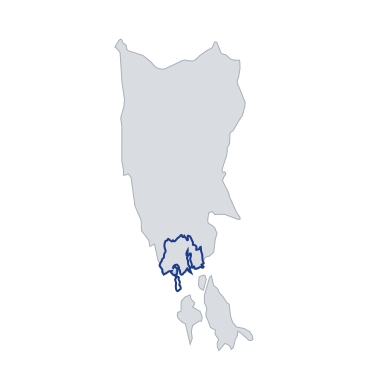 Lääne highlighted on a map of Estonia, rotated 262°
{"feature_id": "EST-1661", "entity_name": "Lääne", "entity_type": "County", "adm_level": 1, "iso_a3": "EST", "parent_name": "Estonia", "parent_adm1": "", "projection": "equal_earth", "projection_center": [23.689, 58.901], "detail": "fine", "context": "in_parent", "style": "outline", "palette": "blue", "viewbox_px": 384, "rotation_deg": 262, "n_neighbors": 0, "source": "natural_earth", "source_scale": "10m", "svg_char_len": 5399}
<svg xmlns="http://www.w3.org/2000/svg" viewBox="0 0 384 384"><g transform="rotate(262 192 192)"><path d="M316.0,257.3L314.6,257.5L307.4,256.7L299.3,254.1L295.7,252.2L292.3,252.2L288.2,253.5L273.3,257.1L269.6,256.3L261.0,252.7L256.6,248.8L246.9,241.1L246.1,239.3L244.8,237.8L234.5,235.9L230.7,233.0L227.5,232.6L222.9,231.2L210.8,225.2L207.9,224.6L207.1,225.6L207.4,227.0L206.6,227.9L205.1,227.9L202.3,225.6L199.0,223.7L188.7,227.3L184.9,228.3L181.6,228.6L165.3,233.4L160.3,236.0L158.2,235.8L158.7,233.3L165.4,221.0L166.6,211.3L169.1,209.9L169.8,208.6L168.7,205.5L161.6,203.5L158.8,203.8L156.2,207.1L153.6,209.5L147.3,211.0L142.0,208.5L129.4,205.1L126.2,200.6L125.5,196.1L118.8,191.7L116.1,186.6L117.2,183.1L123.2,180.7L124.9,178.7L117.4,179.0L115.8,178.5L115.5,176.7L112.1,170.4L115.1,168.0L116.4,165.6L114.0,163.6L114.6,161.3L116.5,158.9L115.4,153.5L122.9,150.7L130.1,148.7L145.5,147.7L144.0,142.7L150.2,142.5L160.6,136.6L171.0,137.7L186.0,133.6L214.9,133.7L218.8,131.3L218.1,129.0L218.1,126.5L223.6,127.2L232.6,126.8L266.8,131.7L275.1,131.7L286.9,136.7L293.2,138.0L311.6,138.0L340.1,140.2L345.6,136.8L346.1,135.9L348.9,137.8L352.4,140.9L353.4,142.6L352.3,143.6L348.9,144.5L348.2,145.5L346.7,147.1L342.7,147.3L340.7,148.5L338.4,153.7L334.0,162.4L327.2,168.9L321.7,172.6L319.3,175.3L317.9,178.7L317.6,182.0L323.5,200.5L323.6,203.8L322.4,207.3L321.6,210.8L322.5,213.8L326.2,219.0L330.2,226.8L331.9,231.7L334.4,233.6L336.9,234.9L337.5,235.7L337.4,236.6L336.2,237.6L325.3,240.2L324.0,242.4L322.9,244.9L318.2,248.6L316.8,252.0L316.0,255.9L316.0,257.3ZM70.2,188.9L73.8,190.4L77.2,190.0L80.6,188.9L88.0,189.9L104.9,197.5L106.5,199.5L96.4,200.4L94.0,202.8L91.6,204.4L88.7,204.9L83.8,208.2L77.2,211.3L75.8,213.2L63.8,212.9L57.2,214.1L51.9,217.6L49.7,224.4L45.7,229.7L41.7,231.6L37.6,231.9L36.7,229.9L37.1,227.9L45.9,220.4L47.7,218.0L43.4,216.9L39.8,214.3L32.0,211.2L30.6,208.8L32.5,208.6L34.2,207.9L36.3,205.8L37.4,203.5L31.2,196.6L34.4,195.6L38.4,195.8L42.4,197.8L47.0,195.5L48.9,195.1L52.0,196.0L55.2,191.4L62.8,189.9L66.5,188.6L70.2,188.9ZM86.0,176.2L81.8,179.3L79.3,178.0L78.0,176.6L72.5,183.5L66.3,184.7L62.8,183.3L63.1,180.7L59.7,174.0L54.4,172.0L46.9,171.8L41.5,169.0L62.4,167.1L64.6,163.9L68.9,160.6L72.1,160.2L74.8,161.0L75.2,163.6L75.9,164.6L85.4,166.1L89.0,170.5L90.4,175.8L86.0,176.2ZM107.5,193.3L103.3,194.0L93.1,189.6L95.5,186.6L98.4,185.4L107.0,187.2L108.2,191.8L107.5,193.3Z" fill="#d9dde1" stroke="#a8b0b8" stroke-width="1"/><path d="M120.0,193.7L119.9,193.7L119.4,193.2L119.0,192.4L119.0,191.6L118.8,191.3L118.0,191.5L117.3,192.1L116.9,192.8L116.4,193.1L115.7,192.6L115.5,192.0L115.8,191.3L116.3,190.6L116.5,190.0L116.3,188.9L115.7,187.3L115.3,185.7L115.5,184.3L116.0,183.7L116.4,183.6L117.5,183.9L117.8,183.8L118.0,183.5L118.0,183.2L117.2,182.6L117.0,181.8L117.3,181.1L118.0,181.1L120.0,181.7L121.9,181.5L123.8,181.0L125.8,180.9L126.8,181.1L128.7,182.0L129.6,182.2L131.2,182.2L131.3,182.0L131.4,181.5L131.3,181.1L131.0,180.9L130.2,180.6L130.0,180.0L130.3,179.2L131.0,178.8L131.9,178.8L133.9,179.5L134.9,179.6L133.5,178.6L131.9,177.9L130.2,177.8L128.9,178.8L127.9,178.0L126.9,177.9L124.7,178.4L120.9,178.2L119.8,178.4L118.7,178.8L118.2,179.1L117.8,179.4L117.5,179.5L115.9,179.2L114.9,179.3L112.0,180.0L113.9,177.8L114.9,177.3L116.6,177.1L117.0,176.7L113.8,173.9L113.3,172.8L111.7,171.2L111.6,169.9L112.7,169.0L116.2,169.1L117.3,168.2L118.2,168.6L119.1,168.6L120.0,168.4L121.6,167.5L122.0,167.2L122.2,166.8L122.2,166.1L121.9,164.6L121.1,163.5L119.9,162.8L118.7,162.3L119.4,163.1L120.9,164.0L121.5,164.9L121.1,165.0L120.1,165.1L119.8,165.2L118.7,166.1L118.6,166.3L118.6,166.7L118.4,167.3L117.9,167.4L117.5,167.1L117.3,166.8L117.0,166.5L113.7,166.0L112.3,165.3L110.9,164.0L111.3,164.0L112.0,164.0L112.4,164.0L112.0,162.9L112.3,162.1L114.6,160.4L115.2,160.1L115.7,160.3L116.6,161.0L116.6,157.9L115.0,154.9L114.2,152.5L117.0,151.4L117.5,151.5L118.6,151.7L119.2,151.8L119.7,151.7L120.4,151.1L121.6,150.7L122.2,150.2L122.9,149.8L124.0,149.7L126.7,151.3L126.9,151.4L127.7,152.3L129.3,152.9L129.9,153.5L130.8,154.8L131.4,155.1L133.0,155.4L134.1,155.7L134.8,156.1L136.6,157.5L137.8,157.7L138.3,157.6L139.6,157.3L142.4,157.1L145.0,157.8L147.2,159.0L147.3,159.3L147.4,159.7L147.3,160.2L147.5,160.8L148.1,161.2L148.6,161.5L148.9,161.8L148.9,162.0L148.7,162.2L146.7,164.1L146.4,164.4L146.0,164.9L145.9,165.5L145.9,165.8L146.1,166.1L146.7,166.5L145.6,167.7L145.9,168.6L147.9,170.7L149.8,173.9L150.4,174.6L150.9,175.1L150.9,175.6L150.4,175.9L149.0,176.3L148.6,176.7L148.6,177.3L148.8,177.7L149.6,178.2L147.4,179.3L147.1,179.7L145.2,180.3L144.9,180.9L145.2,181.2L146.2,181.4L148.6,181.5L149.1,181.7L149.3,182.0L149.1,182.3L148.2,184.0L145.8,184.8L144.5,185.1L142.5,185.8L141.6,185.9L139.9,185.6L139.5,185.7L139.4,186.1L139.3,186.7L139.0,187.4L137.9,188.4L137.0,188.7L136.2,188.7L134.8,188.2L134.2,188.1L134.1,188.4L134.2,188.7L134.3,189.0L134.4,189.4L134.2,189.8L134.2,190.2L134.4,191.1L136.1,192.3L136.3,192.5L136.4,193.0L132.3,192.8L128.4,193.4L123.4,193.0L122.6,193.0L120.1,193.7L120.0,193.7ZM108.7,163.8L110.0,165.1L110.2,165.8L109.7,166.8L109.2,167.1L108.6,166.9L108.0,166.7L107.4,166.5L106.9,166.7L105.3,167.3L104.3,167.4L102.5,166.7L101.5,166.5L101.1,166.7L101.0,166.9L100.8,167.2L98.9,167.5L98.4,167.5L97.6,167.2L96.1,164.6L95.9,164.2L96.1,163.5L96.7,163.1L97.6,162.8L98.7,162.7L100.7,162.8L104.3,163.6L106.5,163.2L107.7,163.1L108.7,163.8Z" fill="none" stroke="#1e3a8a" stroke-width="2"/></g></svg>